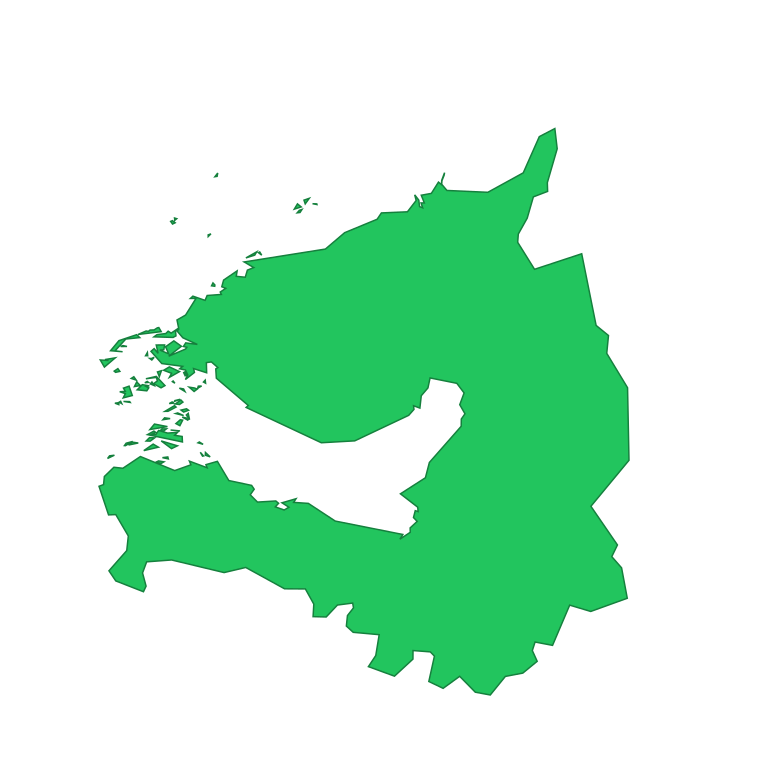 outline of Dalabyggð, Vesturland, Iceland, rotated 12°
{"feature_id": "244011B70126368142347", "entity_name": "Dalabyggð", "entity_type": "district", "adm_level": 2, "iso_a3": "ISL", "parent_name": "Iceland", "parent_adm1": "Vesturland", "projection": "albers", "projection_center": [-22.364, 65.186], "detail": "fine", "context": "isolated", "style": "filled", "palette": "green", "viewbox_px": 768, "rotation_deg": 12, "n_neighbors": 0, "source": "geoboundaries", "source_scale": "gbopen_adm2", "svg_char_len": 6230}
<svg xmlns="http://www.w3.org/2000/svg" viewBox="0 0 768 768"><g transform="rotate(12 384 384)"><path d="M666.5,543.0L654.6,514.4L642.7,505.5L645.8,492.9L611.8,460.6L639.5,407.7L623.0,337.0L595.5,307.7L593.5,289.9L579.3,282.6L550.3,215.5L507.4,240.5L485.3,217.6L484.2,209.4L489.6,192.0L491.2,169.9L504.0,161.6L501.9,153.1L504.5,117.9L498.0,98.6L484.5,109.7L476.3,148.5L445.7,174.9L405.3,181.6L398.9,176.6L398.4,173.1L399.4,167.3L399.3,164.7L398.1,172.8L398.8,177.0L395.3,175.2L390.7,187.7L381.2,191.6L385.8,198.5L382.6,199.2L385.2,203.6L381.9,203.1L379.8,196.9L374.7,192.6L377.3,197.8L371.1,210.7L345.9,217.2L343.0,224.3L314.1,244.1L298.6,264.2L221.8,293.7L232.4,297.2L226.7,301.0L226.1,308.4L217.1,309.4L216.8,303.9L205.5,315.7L205.1,322.6L209.3,323.3L204.7,328.1L206.3,330.2L192.6,334.2L191.6,339.4L178.8,337.8L176.8,340.6L182.3,339.4L175.6,357.8L168.2,364.4L171.5,372.0L165.2,378.5L161.9,377.2L160.1,380.0L151.7,382.9L149.2,385.7L168.0,382.3L170.5,380.2L168.9,375.0L172.1,372.5L170.7,375.3L177.6,380.6L193.2,384.1L181.5,385.0L180.0,389.0L183.5,389.1L182.6,391.1L167.6,401.6L178.0,389.2L169.5,385.5L162.6,393.0L167.1,399.3L157.7,397.4L161.5,396.3L161.3,391.4L153.1,393.2L156.7,401.0L151.8,397.2L149.3,400.5L162.4,410.2L183.4,408.6L181.0,411.6L186.9,411.6L190.2,415.9L188.8,420.9L196.2,412.1L194.5,408.5L208.2,409.9L205.8,400.0L210.6,398.3L218.1,402.5L216.3,404.2L218.8,413.2L255.7,433.2L254.0,435.6L334.9,454.5L367.2,445.7L414.7,409.5L418.6,402.6L417.4,399.1L424.1,400.1L422.9,387.7L427.8,378.7L427.8,368.5L455.1,368.2L464.2,376.1L462.4,388.5L469.4,396.3L466.9,402.2L468.3,409.3L444.7,451.3L444.0,467.1L422.9,488.0L442.6,497.5L443.9,501.7L440.9,501.4L440.6,508.5L445.0,511.5L439.5,519.3L440.5,523.6L431.8,532.5L433.7,527.3L364.8,528.2L334.8,516.5L320.2,518.6L321.8,514.5L308.9,521.4L316.6,524.3L312.5,528.0L303.2,526.8L305.7,522.6L302.5,520.9L284.8,525.8L276.2,520.2L278.9,513.9L275.6,510.7L252.3,510.7L237.1,494.3L226.6,499.9L228.4,502.7L209.7,499.9L211.9,503.2L197.3,512.2L160.8,505.6L146.1,520.7L137.1,521.6L129.7,532.6L130.6,540.7L126.5,543.3L141.8,569.3L148.8,567.5L165.5,585.8L167.0,600.4L153.8,623.9L162.6,632.4L191.9,637.2L193.3,631.2L187.1,619.0L188.8,607.3L212.8,600.3L266.8,601.7L286.9,592.2L329.3,605.0L349.7,600.8L361.1,613.9L363.0,626.3L375.9,623.9L384.4,609.9L398.9,604.8L400.7,609.3L396.4,618.1L397.5,628.6L405.5,633.3L431.4,630.2L432.4,651.3L427.5,663.7L455.0,667.6L469.5,647.1L467.8,638.7L485.0,636.4L489.9,639.7L489.7,665.7L505.1,669.4L518.8,654.2L537.4,666.5L552.6,666.1L563.5,644.8L579.9,637.9L591.5,623.4L584.5,613.9L585.4,605.0L603.2,604.6L611.6,561.7L633.5,563.5L666.5,543.0ZM192.1,474.2L182.6,477.0L173.2,476.3L171.4,480.6L167.5,481.4L170.6,478.7L168.7,477.9L163.2,482.7L198.9,482.6L197.5,477.3L189.9,477.7L192.1,474.2ZM131.8,387.2L115.7,396.7L109.6,408.3L121.6,406.8L114.0,407.5L122.1,393.7L135.4,389.4L131.8,387.2ZM135.1,439.1L130.0,442.2L132.5,445.0L127.1,446.5L133.0,447.2L131.8,451.8L140.2,447.6L135.1,439.1ZM155.2,379.1L152.0,375.6L150.6,376.2L147.9,378.9L143.9,379.9L142.6,381.5L140.3,381.6L133.1,386.7L155.2,379.1ZM159.7,423.9L150.0,428.4L159.9,424.9L161.7,428.0L158.6,431.6L166.7,434.1L170.1,431.1L159.7,423.9ZM181.4,414.4L170.5,411.9L165.6,416.4L174.0,417.7L172.7,422.1L181.4,414.4ZM181.0,470.7L167.8,470.9L164.5,477.2L181.0,470.7ZM115.7,414.3L106.0,418.1L109.7,418.3L101.5,419.5L107.0,425.6L115.7,414.3ZM194.8,487.4L177.9,486.0L189.6,491.4L194.8,487.4ZM176.5,492.7L170.7,490.8L162.9,499.1L176.5,492.7ZM154.8,434.6L147.7,434.9L143.8,441.0L153.4,440.0L154.7,436.7L151.8,435.9L154.8,434.6ZM222.7,289.4L230.8,284.8L232.0,281.2L222.7,289.4ZM194.3,472.3L187.9,473.0L184.8,473.4L194.3,472.3ZM202.4,427.8L199.5,427.3L194.1,427.6L199.8,430.8L202.4,427.8ZM194.6,461.2L192.2,461.3L188.7,466.0L193.0,467.2L194.6,461.2ZM194.6,456.5L188.2,455.2L186.4,456.2L194.6,456.5ZM185.4,449.8L183.6,448.7L175.4,456.3L178.4,455.6L185.4,449.8ZM155.9,492.8L149.8,493.2L146.8,496.8L155.9,492.8ZM170.8,484.4L165.8,485.2L163.2,489.2L167.2,488.5L170.8,484.4ZM191.1,443.5L188.7,441.9L184.0,446.9L188.2,446.6L191.1,443.5ZM187.7,500.3L182.6,502.1L188.6,502.1L187.7,500.3ZM146.0,436.2L141.7,433.4L140.4,438.4L146.0,436.2ZM269.5,224.2L272.3,217.9L267.5,220.8L269.5,224.2ZM198.3,450.3L196.0,449.3L190.9,451.7L193.9,453.1L198.3,450.3ZM162.7,423.5L163.5,417.3L159.9,419.3L162.7,423.5ZM138.9,454.1L132.8,455.2L139.6,454.8L138.9,454.1ZM201.2,459.3L198.6,453.4L197.1,455.4L201.2,459.3ZM266.2,228.0L261.9,225.8L259.9,231.6L266.2,228.0ZM123.0,426.6L120.5,424.3L117.4,427.5L119.0,428.4L123.0,426.6ZM140.8,431.7L137.8,428.9L135.6,431.1L140.8,431.7ZM184.9,505.9L179.5,506.1L177.4,507.7L182.5,508.1L184.9,505.9ZM198.1,323.6L198.0,322.3L195.7,320.7L194.9,323.8L198.1,323.6ZM180.5,473.1L176.3,474.1L175.3,475.4L177.9,476.2L180.5,473.1ZM197.9,458.4L193.5,458.3L200.1,460.3L197.9,458.4ZM146.2,269.7L143.1,268.2L141.5,269.3L143.9,271.5L146.2,269.7ZM187.9,441.3L182.9,443.7L182.7,444.5L187.9,441.3ZM229.1,491.4L223.6,488.1L224.0,490.8L229.1,491.4ZM182.0,462.3L176.4,462.7L175.2,464.9L182.0,462.3ZM189.0,430.5L184.7,430.6L190.8,432.7L189.0,430.5ZM124.8,400.7L120.6,400.7L118.6,402.1L124.8,400.7ZM189.4,415.9L186.2,413.2L187.7,416.0L185.3,414.0L187.8,417.3L189.4,415.9ZM182.1,446.5L180.5,445.6L178.0,447.8L182.1,446.5ZM150.2,492.4L144.1,495.5L142.9,498.2L143.9,498.1L150.2,492.4ZM159.5,433.3L156.6,430.3L155.4,432.5L159.5,433.3ZM280.8,221.8L276.6,222.5L281.1,222.4L280.8,221.8ZM222.4,491.9L218.5,489.0L221.5,492.3L222.4,491.9ZM209.3,420.3L208.3,417.4L207.0,419.6L209.3,420.3ZM128.5,457.4L124.8,458.7L128.9,459.3L128.5,457.4ZM181.4,276.3L183.5,273.1L181.0,274.7L181.4,276.3ZM153.6,405.7L151.2,407.4L149.5,407.7L151.9,408.8L153.6,405.7ZM153.3,431.4L151.9,430.7L149.8,432.5L153.3,431.4ZM147.0,405.5L146.0,402.4L144.9,405.9L147.0,405.5ZM131.5,457.7L130.0,455.7L128.8,456.8L131.5,457.7ZM177.6,215.6L177.5,212.2L175.5,216.4L177.6,215.6ZM129.1,514.3L135.1,509.7L130.5,511.3L129.1,514.3ZM219.6,480.6L215.4,479.1L214.3,480.2L219.6,480.6ZM206.0,423.9L202.8,424.7L202.6,426.9L206.0,423.9ZM179.3,426.7L177.1,424.9L176.5,425.7L179.3,426.7ZM145.3,267.4L146.9,265.4L144.6,265.2L145.3,267.4ZM267.5,230.3L265.1,231.7L263.5,234.6L266.2,233.7L267.5,230.3ZM237.6,283.4L235.0,280.7L233.8,281.6L237.6,283.4Z" fill="#22c55e" stroke="#15803d" stroke-width="1.5"/></g></svg>